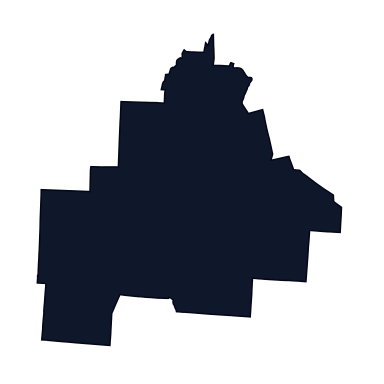 outline of Gogosari, Giurgiu, Romania, rotated 274°
{"feature_id": "2599482B84507417435339", "entity_name": "Gogosari", "entity_type": "district", "adm_level": 2, "iso_a3": "ROU", "parent_name": "Romania", "parent_adm1": "Giurgiu", "projection": "equal_earth", "projection_center": [25.692, 43.875], "detail": "fine", "context": "isolated", "style": "filled", "palette": "ink", "viewbox_px": 384, "rotation_deg": 274, "n_neighbors": 0, "source": "geoboundaries", "source_scale": "gbopen_adm2", "svg_char_len": 5717}
<svg xmlns="http://www.w3.org/2000/svg" viewBox="0 0 384 384"><g transform="rotate(274 192 192)"><path d="M201.7,328.0L203.8,324.2L205.3,321.6L206.3,320.1L207.8,317.5L207.9,317.4L208.1,317.0L208.7,316.1L210.5,313.2L211.2,312.3L211.3,312.0L212.7,309.9L213.8,308.2L214.6,307.1L214.7,306.7L215.0,306.4L215.6,305.6L216.0,305.0L217.2,303.0L218.0,301.5L218.5,300.9L218.8,300.5L219.7,299.5L220.5,298.7L221.0,298.0L221.1,297.7L221.2,297.4L221.2,296.2L221.2,294.5L221.3,293.2L221.2,292.3L221.3,291.9L221.4,291.7L221.7,291.5L222.5,291.3L224.5,290.4L229.2,288.3L231.5,287.2L234.3,286.2L233.8,284.2L230.9,274.6L229.7,270.7L229.5,269.8L229.2,268.5L234.9,269.7L235.4,269.8L235.8,269.7L237.4,269.2L242.6,267.7L247.0,266.4L251.6,265.0L252.7,264.6L253.5,264.3L260.5,262.1L269.2,259.6L269.4,259.6L271.6,259.1L275.6,257.8L279.1,256.7L277.9,253.3L274.9,244.8L274.9,244.7L274.6,244.8L274.5,244.6L274.4,244.4L274.3,243.6L274.1,242.7L274.5,242.5L274.9,242.3L276.0,241.4L276.9,240.8L277.2,240.6L277.9,239.9L278.8,239.3L280.4,238.1L281.5,237.2L281.9,237.0L282.1,236.9L282.3,236.8L282.4,236.4L282.5,236.3L284.0,235.7L284.3,235.7L285.1,235.7L285.7,235.7L286.1,235.8L286.7,236.0L287.6,236.3L288.4,236.7L288.7,236.8L289.4,236.9L289.9,237.0L291.4,237.2L291.9,237.3L292.7,237.6L292.9,237.7L293.1,237.8L293.3,237.9L293.9,238.2L295.4,238.7L296.7,239.1L298.2,239.7L298.9,239.9L299.9,240.0L300.4,240.2L301.2,240.5L301.3,240.6L301.8,241.1L302.3,241.4L302.6,241.5L303.4,241.7L303.7,241.7L304.1,241.6L304.3,241.5L304.6,241.8L305.2,242.3L305.7,242.6L307.0,243.4L307.6,243.8L308.3,243.9L308.9,243.9L309.3,243.8L309.9,243.5L310.1,243.3L310.1,243.2L310.3,242.4L310.3,241.6L310.1,240.4L310.2,240.1L310.3,239.9L310.5,239.5L311.3,238.5L312.3,237.6L312.5,237.4L314.4,236.1L315.0,235.6L316.3,234.7L317.0,234.2L317.8,233.3L318.4,232.4L318.6,232.0L318.8,231.4L318.9,230.8L318.9,230.4L318.9,230.2L319.0,229.3L319.0,228.8L319.0,228.1L318.8,226.9L318.8,226.5L318.7,225.9L318.7,225.4L318.7,225.1L318.8,225.0L318.9,224.8L319.1,224.7L319.4,224.5L319.9,224.3L320.5,224.2L322.9,224.6L322.9,224.4L323.7,222.2L323.7,221.9L323.7,221.7L322.9,221.3L321.7,221.0L320.9,220.7L320.7,220.6L320.4,220.1L320.2,219.4L320.2,218.1L320.2,212.4L319.9,206.8L319.7,204.3L325.1,204.6L326.3,204.7L327.7,204.6L335.8,203.8L339.0,203.4L347.6,202.6L350.8,202.3L350.8,202.1L349.8,201.2L349.7,201.0L349.6,200.9L349.6,200.7L349.3,200.6L348.5,200.5L347.4,200.1L346.6,199.7L345.9,199.3L344.5,198.7L343.9,198.7L343.3,198.6L342.7,198.5L341.5,198.1L341.0,197.9L340.1,197.8L339.2,197.8L339.1,197.7L339.0,197.2L340.7,196.1L342.0,195.2L341.8,195.1L340.6,195.1L339.2,194.9L338.4,194.9L336.8,194.6L333.9,194.3L333.4,194.3L332.6,194.2L332.4,194.2L332.2,194.0L332.1,193.5L332.1,192.2L332.0,191.8L331.8,187.5L331.8,184.4L331.6,181.3L331.6,179.8L331.6,177.9L331.7,176.2L333.2,174.3L332.4,173.8L331.6,173.5L329.6,172.6L329.3,172.5L329.1,172.5L327.5,172.8L326.3,172.8L325.6,172.8L324.9,172.6L324.7,172.4L325.0,170.9L324.9,170.7L323.6,169.0L323.3,168.6L322.6,168.0L322.4,167.9L321.8,167.7L320.2,167.5L319.4,167.5L319.0,167.6L318.7,167.8L318.0,167.8L317.7,167.6L314.7,165.2L314.6,164.8L314.9,164.6L315.1,164.4L314.8,164.1L314.7,164.0L314.7,163.8L314.8,163.7L314.5,163.2L314.1,162.8L313.9,162.5L313.8,162.4L313.1,162.1L312.7,162.0L310.9,161.6L310.1,161.4L309.7,161.3L309.0,161.1L307.7,160.9L307.7,160.0L307.6,158.8L307.3,157.5L306.8,157.6L306.3,157.5L305.8,157.5L305.2,157.4L304.7,157.3L303.7,157.2L302.8,157.2L301.7,157.0L301.0,156.8L300.6,156.6L300.2,156.1L300.0,155.9L299.4,155.6L298.8,155.4L297.7,155.1L292.0,154.2L292.0,155.4L292.0,155.9L292.0,156.5L292.2,158.1L290.9,158.1L289.0,157.9L278.8,158.2L278.7,158.0L278.6,152.6L278.7,151.3L278.6,148.9L278.3,143.6L278.2,140.4L278.0,136.4L277.7,128.6L277.2,114.9L261.1,115.4L258.2,115.4L242.8,115.8L211.8,116.8L211.4,109.9L210.6,99.5L210.6,98.8L210.2,89.4L207.0,89.2L185.3,90.2L185.1,83.3L183.8,41.4L179.2,41.7L170.3,42.0L164.2,42.2L154.8,42.5L144.9,43.0L129.6,43.5L126.5,43.6L123.0,43.7L119.6,43.7L114.9,43.9L111.2,43.9L102.6,44.1L100.9,44.2L99.1,44.2L97.6,43.8L97.6,44.1L97.4,44.0L96.4,44.0L90.5,44.0L90.5,46.3L90.6,52.6L86.7,52.7L81.5,52.6L72.0,52.6L70.4,52.6L67.7,52.5L62.8,52.5L62.7,52.6L60.9,52.7L51.4,52.5L48.3,52.5L46.6,52.5L46.3,52.6L43.0,52.6L39.8,52.5L37.5,52.5L34.0,52.4L34.0,53.4L34.1,56.6L34.2,56.9L34.2,57.0L34.0,58.4L33.7,72.8L33.7,78.4L33.5,87.1L33.5,88.9L33.4,98.3L33.4,100.0L33.3,109.3L33.3,111.4L33.2,119.4L33.2,120.1L33.2,120.8L35.4,120.8L35.9,120.8L36.0,120.7L39.9,120.8L44.7,120.8L48.1,120.7L54.8,120.6L65.2,120.4L66.3,120.7L68.0,121.4L74.5,123.6L77.8,124.8L79.8,125.5L84.7,127.3L84.5,129.4L84.3,133.0L84.0,142.1L83.9,145.9L83.9,146.2L84.0,146.5L84.0,147.5L83.9,150.9L83.8,155.1L83.9,157.4L83.8,166.0L83.9,167.1L84.0,168.9L84.1,173.7L84.3,175.8L84.5,175.7L84.8,175.7L85.1,175.9L85.2,176.1L85.3,176.3L85.3,176.5L84.7,178.4L82.8,180.9L82.4,180.8L82.1,180.8L81.5,180.7L81.2,180.8L80.5,180.8L79.7,181.0L79.2,181.1L78.7,181.4L78.5,181.6L78.2,181.9L77.8,182.1L74.7,183.5L73.8,184.1L73.2,184.4L71.5,184.9L71.6,186.0L71.5,190.4L71.5,191.8L71.6,192.2L71.6,194.2L71.6,200.0L71.5,209.1L71.4,217.3L71.5,237.8L71.6,240.2L71.5,240.9L71.5,246.2L71.5,249.8L71.5,256.7L71.5,258.6L71.5,258.8L83.6,258.7L91.4,258.7L94.1,258.7L99.8,258.5L102.4,258.5L104.3,258.4L110.3,258.4L110.1,266.0L110.2,267.9L110.1,268.9L110.1,274.8L110.2,284.2L110.2,285.1L110.2,286.4L110.3,290.9L110.3,291.1L110.4,293.0L110.5,294.6L110.5,298.6L110.6,305.7L110.5,307.7L110.5,311.9L135.3,312.0L146.1,311.9L151.4,312.0L156.8,312.0L161.9,312.0L161.9,314.6L161.9,316.7L161.8,324.6L161.8,330.4L161.9,331.8L162.0,342.6L163.6,342.6L169.4,342.5L178.9,342.4L187.1,342.2L191.5,335.2L192.4,334.0L197.3,333.4L198.7,333.3L198.8,333.2L201.7,328.0Z" fill="#0f172a" stroke="#020617" stroke-width="1.5"/></g></svg>